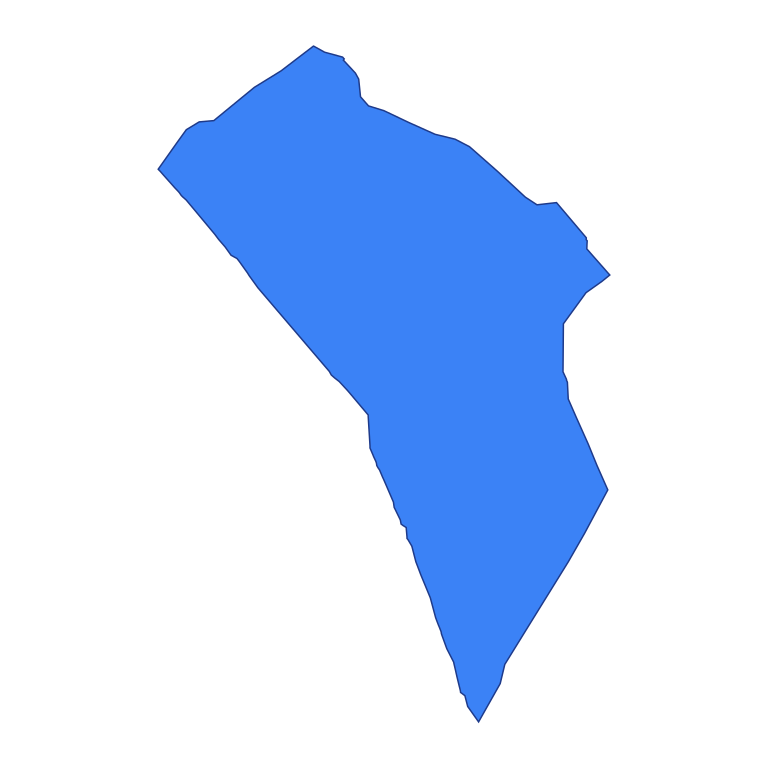 the district of Al Buram, South Kordufan, Sudan
{"feature_id": "16777658B98120028392417", "entity_name": "Al Buram", "entity_type": "district", "adm_level": 2, "iso_a3": "SDN", "parent_name": "Sudan", "parent_adm1": "South Kordufan", "projection": "equal_earth", "projection_center": [29.873, 10.592], "detail": "fine", "context": "isolated", "style": "filled", "palette": "blue", "viewbox_px": 768, "rotation_deg": 0, "n_neighbors": 0, "source": "geoboundaries", "source_scale": "gbopen_adm2", "svg_char_len": 2059}
<svg xmlns="http://www.w3.org/2000/svg" viewBox="0 0 768 768"><path d="M609.8,275.0L607.9,272.9L586.8,248.9L586.9,246.9L587.0,243.9L587.2,240.8L586.2,239.7L586.3,237.8L579.7,230.0L556.5,202.6L537.0,204.8L525.4,197.2L497.0,170.9L469.5,146.7L455.1,139.2L435.1,134.3L408.8,122.5L384.0,110.7L368.5,105.9L361.4,97.8L361.1,97.5L360.5,96.7L358.7,79.1L355.4,73.1L343.9,60.7L343.7,60.4L343.4,60.2L344.2,58.9L343.6,58.3L343.4,58.0L342.6,57.1L324.6,52.2L313.6,46.1L313.3,46.2L281.0,70.9L254.4,87.3L216.5,118.4L213.9,120.6L199.2,121.9L198.0,122.6L186.3,129.7L176.8,142.9L158.2,169.2L158.8,169.9L160.2,171.3L163.7,175.3L174.8,187.8L177.1,190.2L178.6,191.8L179.5,192.9L181.2,195.4L182.8,197.0L186.2,200.0L214.8,234.3L218.7,239.5L225.1,246.9L231.1,255.3L232.5,256.0L233.5,256.6L237.0,258.5L239.4,261.6L247.6,273.1L247.9,273.6L249.2,275.7L258.0,287.9L260.4,290.7L277.8,311.1L329.3,371.4L331.3,375.0L334.7,378.0L339.2,381.5L347.6,390.6L351.1,394.7L368.2,415.0L368.2,416.1L368.2,416.4L370.0,445.9L370.0,448.0L370.6,449.4L373.1,455.3L373.6,456.6L375.8,461.3L376.3,462.7L376.4,463.1L376.5,463.6L376.8,465.6L377.2,466.3L378.1,467.9L379.5,469.9L379.9,470.8L382.6,477.2L383.5,479.1L385.2,483.0L386.2,485.3L393.0,501.1L393.4,502.0L393.5,502.6L394.2,507.5L394.7,508.4L400.3,519.9L400.5,520.9L401.1,524.1L401.4,524.3L402.1,524.8L403.0,525.5L406.2,527.5L406.3,529.1L407.0,537.0L407.0,538.4L407.6,539.2L407.9,539.5L411.8,546.1L412.2,547.5L414.0,554.6L415.9,561.9L416.3,562.9L419.6,571.6L420.8,574.8L423.7,581.8L430.3,597.8L430.6,598.9L435.7,617.9L436.1,618.8L436.3,619.5L438.6,625.5L439.1,626.6L441.1,631.7L441.2,632.3L441.4,633.7L441.9,635.2L446.8,648.7L453.7,662.2L453.9,663.4L455.4,669.8L456.9,676.5L459.3,686.4L459.8,688.3L460.4,690.9L460.6,692.5L461.0,692.7L464.9,695.7L467.7,706.5L478.6,721.9L500.2,683.6L504.8,664.4L531.2,621.7L568.3,561.8L584.6,533.3L607.8,489.9L597.0,465.5L588.2,444.0L576.2,417.2L568.2,398.9L568.2,398.1L567.4,382.2L566.5,380.2L566.5,379.4L563.0,371.8L563.4,323.8L586.0,292.7L601.9,281.4L609.8,275.0Z" fill="#3b82f6" stroke="#1e3a8a" stroke-width="1.5"/></svg>